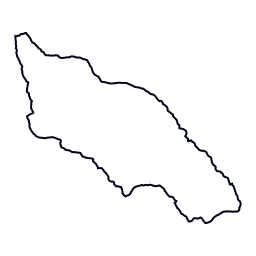 Chhume, Bumthang, Bhutan (Mercator projection)
{"feature_id": "84629894B49965990869274", "entity_name": "Chhume", "entity_type": "district", "adm_level": 2, "iso_a3": "BTN", "parent_name": "Bhutan", "parent_adm1": "Bumthang", "projection": "mercator", "projection_center": [90.767, 27.465], "detail": "fine", "context": "isolated", "style": "outline", "palette": "ink", "viewbox_px": 256, "rotation_deg": 0, "n_neighbors": 0, "source": "geoboundaries", "source_scale": "gbopen_adm2", "svg_char_len": 5785}
<svg xmlns="http://www.w3.org/2000/svg" viewBox="0 0 256 256"><path d="M15.4,36.2L15.6,40.1L16.0,42.4L15.7,43.4L16.2,46.5L15.9,48.2L16.4,48.8L16.7,50.0L16.8,51.6L16.3,52.3L16.3,52.7L16.5,53.8L17.0,54.7L17.1,56.4L17.8,57.5L18.3,58.5L18.6,59.4L19.8,61.5L19.9,62.4L20.1,63.0L21.7,65.3L22.3,66.5L22.3,66.9L21.6,68.3L21.7,69.2L22.3,70.8L22.1,72.4L22.5,73.1L22.8,75.2L23.5,76.3L23.7,77.0L25.5,79.4L26.3,81.1L27.0,81.8L28.1,82.2L28.2,83.2L27.6,85.2L27.6,85.8L27.4,87.0L27.2,87.7L27.1,88.7L26.8,90.9L27.1,92.0L27.8,92.4L28.7,93.2L29.0,93.9L29.1,96.1L29.7,96.8L30.0,97.7L30.0,98.5L30.9,100.0L31.9,101.1L31.9,101.5L31.3,102.0L31.2,105.3L31.0,107.7L31.5,109.1L33.1,112.1L33.3,112.7L32.5,113.3L30.4,114.1L27.6,116.0L27.0,116.2L27.2,117.4L27.9,119.0L28.8,120.3L29.1,122.7L29.7,124.2L29.4,126.0L29.8,127.7L30.8,129.7L31.7,131.2L32.4,132.1L33.3,133.5L34.1,134.3L35.3,135.0L35.7,135.9L39.3,137.6L41.4,137.7L43.4,138.1L45.2,138.2L46.2,138.0L47.6,137.6L49.2,137.5L51.7,137.2L53.5,137.3L57.7,139.0L59.8,139.6L60.7,140.2L60.8,140.6L60.8,142.1L60.2,142.9L60.4,144.3L60.8,145.0L60.8,146.1L61.7,147.5L63.2,148.0L65.0,149.0L65.3,149.7L67.4,150.2L69.5,150.4L72.3,152.2L73.5,152.0L80.3,152.9L82.6,156.6L83.5,156.6L84.3,156.9L85.4,157.6L86.0,157.8L86.6,157.7L87.9,158.0L92.0,158.5L92.9,158.9L93.3,159.3L93.2,160.1L93.0,160.8L93.1,161.3L94.5,162.5L96.1,164.0L96.7,165.5L97.6,166.5L97.9,168.2L100.2,168.1L101.7,168.1L103.4,170.1L104.5,171.8L105.6,172.8L106.7,174.1L107.7,175.7L108.4,176.4L108.4,177.7L108.3,178.3L108.8,179.8L109.2,180.4L109.9,181.0L111.5,181.7L113.3,181.7L113.7,181.8L114.1,182.6L113.9,183.9L115.9,186.1L116.5,186.5L117.6,186.1L119.8,186.9L120.8,187.0L121.1,187.1L121.2,187.9L121.8,188.6L122.0,189.5L122.5,191.5L122.5,193.3L123.0,193.8L123.6,194.8L125.2,196.4L126.6,195.9L128.0,195.2L129.1,194.9L130.7,193.3L130.8,193.0L130.7,192.2L131.9,191.0L132.5,189.7L133.3,188.5L134.8,187.2L136.0,186.6L140.0,185.6L141.0,185.2L142.0,184.9L143.0,185.5L144.0,185.4L145.2,184.9L147.9,185.2L150.1,184.7L152.2,185.2L153.4,185.8L155.4,186.1L156.9,186.1L158.2,185.7L159.6,185.5L161.4,186.7L162.1,187.4L163.7,188.6L164.3,189.5L164.7,190.9L165.5,191.5L167.4,194.4L168.9,196.1L169.5,196.6L171.3,196.7L173.0,197.3L173.6,198.0L173.9,199.0L175.4,200.5L176.4,201.1L175.8,202.0L174.6,202.8L175.0,203.7L175.6,204.5L175.9,205.5L176.5,206.4L177.2,208.0L178.2,208.6L179.1,209.7L179.8,210.9L181.2,213.6L181.9,214.1L182.9,214.3L184.4,215.6L186.1,216.6L187.0,218.0L187.5,219.5L188.7,221.4L190.6,221.4L191.2,220.9L192.0,220.7L193.5,218.6L194.2,218.2L194.8,218.2L196.7,218.5L198.1,218.5L199.7,218.0L200.6,217.5L201.6,218.1L202.4,219.2L203.0,220.4L203.7,221.0L205.3,223.1L206.1,222.9L207.2,222.9L209.5,221.9L210.9,221.1L212.3,219.8L212.9,218.7L213.6,217.7L215.4,216.3L217.4,215.1L217.7,215.1L218.2,214.9L218.5,214.7L219.0,214.5L219.8,213.8L221.6,213.0L221.9,212.8L222.1,212.2L223.5,211.7L227.4,211.3L229.4,211.5L231.1,211.5L232.4,211.7L233.0,211.7L234.6,211.6L237.6,211.5L238.5,211.0L238.8,210.2L239.3,209.6L239.4,209.2L239.3,207.7L239.6,207.3L240.2,205.9L240.6,204.7L240.6,203.9L240.4,202.4L240.3,202.1L239.6,201.1L238.7,200.3L238.0,199.5L237.8,197.8L237.6,197.3L237.5,196.3L237.4,195.8L236.6,195.0L236.0,194.1L235.6,192.2L234.9,190.4L234.2,188.4L234.1,187.4L233.6,186.7L233.5,186.1L233.4,185.9L232.6,185.3L232.3,185.0L232.1,183.7L231.8,183.8L230.3,184.5L230.0,184.5L229.7,183.9L229.2,182.0L228.6,180.5L228.2,178.7L227.7,178.0L227.3,177.7L226.9,177.5L224.9,176.9L224.2,176.4L223.8,176.3L223.3,175.6L222.7,173.7L222.0,173.1L221.3,172.9L221.1,172.7L220.8,172.0L220.4,171.7L219.9,171.5L218.1,171.3L217.2,171.1L216.7,170.7L216.4,170.3L215.8,169.7L215.7,169.4L215.5,168.5L215.4,168.1L215.7,167.1L215.4,166.3L214.8,165.8L213.6,165.2L213.1,164.4L212.4,163.2L211.8,161.7L211.8,161.4L211.4,160.0L211.3,158.3L210.9,157.4L208.3,155.9L207.1,153.9L206.4,152.3L206.0,151.8L205.6,151.6L204.2,151.1L203.8,150.8L203.3,150.7L201.9,150.8L201.1,150.7L199.3,149.9L199.0,149.7L198.1,148.7L197.4,147.8L195.8,146.4L195.1,145.1L194.9,144.0L194.3,143.2L193.5,142.4L193.2,142.2L192.5,142.0L192.2,141.8L191.6,140.8L191.2,140.4L190.3,140.5L189.1,141.1L188.7,141.2L188.0,141.0L187.9,140.3L188.2,139.3L187.9,138.6L185.8,136.9L185.2,136.2L185.5,136.0L186.4,134.1L186.5,132.8L186.0,131.0L185.7,130.9L184.9,129.9L184.3,129.6L183.7,129.3L182.2,128.8L179.4,128.3L179.3,125.8L179.0,124.9L177.5,123.6L177.5,123.0L177.4,122.8L177.4,122.3L176.4,119.5L175.3,118.7L174.4,117.4L173.2,116.6L173.0,116.0L173.0,115.2L172.8,114.6L172.8,114.4L171.6,113.8L170.3,112.6L168.1,111.0L167.6,110.4L167.5,108.0L166.7,106.8L166.3,106.3L165.3,105.7L164.6,105.0L163.0,104.0L163.0,103.5L162.9,103.2L162.4,102.6L162.1,102.1L162.1,101.8L162.0,101.4L160.8,100.9L159.9,101.1L159.4,101.1L159.0,100.9L157.5,99.2L155.3,96.2L153.7,94.8L152.0,94.2L150.8,94.1L149.5,93.3L147.8,91.7L146.2,91.2L144.7,89.8L143.3,88.7L141.5,88.4L139.5,87.6L135.1,87.0L132.1,85.4L131.5,85.3L130.6,84.8L129.0,84.2L127.6,83.4L125.7,82.9L123.4,83.0L119.2,82.7L114.4,83.2L112.9,83.4L111.1,83.6L106.8,82.7L104.5,82.1L103.2,81.9L102.1,81.9L101.6,81.6L100.8,81.0L100.5,80.6L100.1,79.2L99.5,78.5L98.6,76.8L96.6,75.8L95.5,75.0L94.2,74.3L93.5,72.9L92.7,71.7L91.4,67.5L90.9,66.7L90.1,66.0L89.0,63.3L87.7,61.4L87.1,60.2L84.7,59.3L83.6,59.2L82.8,59.0L82.2,58.5L79.9,57.6L76.1,57.4L74.6,56.7L72.5,56.4L71.2,56.4L69.4,57.2L68.2,57.4L66.8,57.3L66.3,57.4L65.0,57.7L63.9,57.8L62.9,58.0L61.5,57.9L60.5,57.8L58.9,56.9L58.4,55.8L55.6,55.2L54.1,55.6L49.6,55.5L48.4,55.3L47.2,55.3L45.6,55.1L45.1,54.7L44.2,53.5L44.0,52.8L43.7,52.2L42.2,51.7L41.4,51.3L41.1,50.0L39.5,48.6L38.5,48.2L36.7,45.7L36.1,45.4L34.8,43.7L33.4,42.9L32.5,42.6L31.0,40.3L30.6,38.9L29.6,37.5L28.6,36.0L27.6,34.9L26.2,33.6L26.1,33.0L25.4,32.9L23.2,33.9L21.1,34.0L20.3,34.7L19.3,35.7L17.8,35.6L17.1,36.0L15.8,36.4L15.4,36.2Z" fill="none" stroke="#020617" stroke-width="2"/></svg>